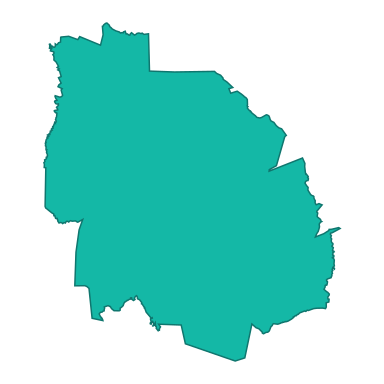 the district of Ignacio Zaragoza, Chihuahua, Mexico
{"feature_id": "50627088B16246344889030", "entity_name": "Ignacio Zaragoza", "entity_type": "district", "adm_level": 2, "iso_a3": "MEX", "parent_name": "Mexico", "parent_adm1": "Chihuahua", "projection": "robinson", "projection_center": [-107.777, 29.732], "detail": "fine", "context": "isolated", "style": "filled", "palette": "teal", "viewbox_px": 384, "rotation_deg": 0, "n_neighbors": 0, "source": "geoboundaries", "source_scale": "gbopen_adm2", "svg_char_len": 5854}
<svg xmlns="http://www.w3.org/2000/svg" viewBox="0 0 384 384"><path d="M45.8,167.8L45.1,206.4L45.7,208.0L52.1,213.1L53.7,213.9L53.9,215.7L54.8,215.7L55.6,218.4L57.2,218.4L57.3,219.6L57.8,220.0L57.8,221.1L59.0,223.0L60.8,222.5L61.8,222.8L62.7,223.6L64.0,222.6L65.4,223.0L65.7,222.2L66.7,221.3L67.5,221.3L68.7,222.0L68.8,221.7L70.6,220.7L72.1,221.2L75.7,220.9L76.4,221.6L77.8,222.2L82.7,219.5L79.1,229.9L76.0,252.1L74.8,285.8L85.0,285.7L87.0,286.6L89.0,288.4L92.1,318.3L102.9,320.6L102.6,319.5L101.8,318.0L101.3,318.0L101.3,317.4L100.4,316.5L99.2,314.0L99.3,313.6L100.6,312.3L102.1,312.1L102.8,311.3L104.2,310.8L104.1,309.9L104.6,308.3L104.3,306.9L107.9,305.7L108.7,305.8L109.4,306.4L110.3,306.5L111.5,308.6L114.0,310.7L119.2,310.8L120.1,310.3L120.2,308.1L121.5,307.3L123.2,305.6L123.9,303.4L124.8,302.0L125.5,301.8L127.2,300.3L127.6,300.5L129.2,299.4L130.6,299.1L130.6,297.9L131.6,297.8L131.8,299.3L133.5,300.5L135.0,299.5L134.4,298.2L135.4,296.4L136.6,295.7L137.3,296.9L137.5,298.8L139.6,299.8L141.7,302.5L141.5,303.8L142.3,304.2L143.5,306.2L144.5,307.3L144.2,307.5L144.3,308.0L144.7,308.0L146.2,312.2L150.7,317.5L150.6,317.8L151.5,318.1L152.2,317.7L152.3,318.2L150.7,318.6L150.5,319.4L151.4,322.3L150.5,322.5L150.2,323.7L151.1,324.2L151.6,322.7L152.7,321.5L153.8,323.9L152.5,326.5L153.7,325.3L154.2,325.3L154.1,324.4L154.5,324.3L155.3,322.8L155.6,326.2L156.2,326.4L156.4,327.0L156.2,328.3L158.1,330.7L158.5,330.0L159.4,330.2L159.5,328.5L160.5,326.9L158.6,324.2L181.2,325.0L185.4,343.8L235.2,361.0L244.8,357.9L251.9,324.0L256.0,327.7L258.9,328.8L262.3,332.2L262.3,333.0L263.3,333.7L263.7,333.7L266.0,332.4L267.8,332.2L269.3,330.9L271.0,326.6L272.1,325.7L273.0,324.0L273.5,323.7L277.8,324.2L280.7,323.2L281.0,322.8L282.2,322.7L282.6,322.2L283.7,322.3L285.2,321.5L285.7,321.8L287.9,321.2L291.5,319.1L293.5,317.5L293.4,316.9L294.3,316.7L295.1,315.8L296.2,315.7L296.2,315.4L297.0,315.0L297.5,314.4L298.2,314.4L299.7,312.9L304.6,311.0L305.8,311.4L307.2,310.2L308.3,310.5L313.7,308.6L317.0,308.2L322.7,308.1L325.5,308.6L326.3,307.0L326.2,302.8L328.8,302.0L329.1,299.2L327.9,298.9L327.8,297.0L329.1,295.2L329.3,294.1L327.6,292.2L326.6,291.7L324.0,289.3L325.1,287.1L325.2,285.4L326.0,285.0L326.7,285.2L327.0,284.6L327.5,282.1L327.4,281.4L326.6,281.0L326.5,279.8L327.6,278.9L331.1,277.7L331.2,277.4L331.0,277.2L331.9,275.8L331.7,274.4L332.5,273.4L331.9,271.6L332.8,270.6L332.2,269.7L332.2,269.2L332.5,268.6L333.8,268.7L334.4,269.1L334.5,268.6L333.7,267.4L332.9,267.6L332.8,267.4L334.4,265.9L334.0,263.9L334.3,260.1L333.6,258.5L332.3,257.7L332.6,257.2L333.7,257.0L333.9,256.2L333.8,255.5L332.8,255.2L332.6,254.3L333.0,253.9L332.8,252.7L334.2,251.8L333.7,251.1L332.9,251.1L332.5,250.6L333.3,247.6L331.9,246.3L332.1,245.6L332.9,244.8L332.9,243.5L331.8,242.6L331.3,241.4L331.3,239.8L331.7,239.0L330.6,237.3L331.4,235.7L330.3,234.2L330.5,233.2L332.1,232.8L340.1,228.5L338.7,227.6L331.5,229.3L329.1,229.4L328.8,230.5L323.8,233.7L315.4,237.0L316.7,233.7L318.2,231.4L319.1,228.5L319.5,226.8L319.2,224.1L320.5,222.2L321.7,221.6L321.0,221.2L320.8,220.1L320.2,219.1L317.9,217.4L317.2,216.5L317.3,215.1L317.7,213.5L317.7,212.9L316.9,212.2L316.8,211.3L322.1,204.9L319.0,203.6L316.4,204.7L316.0,204.6L315.0,202.4L315.3,200.9L313.9,198.2L313.9,196.6L313.4,196.0L311.7,195.4L310.6,194.5L307.9,190.1L308.1,187.4L306.7,185.8L305.0,183.1L305.6,181.6L306.8,180.6L307.9,180.6L308.3,179.8L308.4,178.2L307.6,177.5L308.2,176.5L306.2,173.9L305.8,174.1L305.4,172.5L304.7,166.6L304.9,163.4L302.5,158.0L269.1,171.2L269.3,169.6L276.4,165.7L284.6,137.2L285.2,136.2L286.3,135.4L281.6,128.8L278.8,127.8L276.3,125.7L273.9,122.4L271.0,120.9L270.1,119.3L269.5,117.2L268.8,115.8L267.3,115.0L266.3,114.8L261.5,117.5L259.7,118.0L256.7,117.3L255.6,115.9L251.9,113.0L251.0,111.7L250.5,111.7L250.4,110.9L249.5,110.6L247.4,108.2L247.6,106.8L247.9,106.6L247.1,105.9L247.5,104.7L247.3,99.5L246.4,98.2L245.5,97.3L244.4,96.9L243.9,96.1L241.3,94.0L237.2,91.2L230.7,93.2L228.9,88.7L232.8,87.5L227.1,82.1L223.2,79.4L223.0,78.0L220.6,75.2L216.6,73.4L214.5,71.4L174.5,72.0L149.5,71.1L148.5,33.8L143.9,34.4L142.1,33.1L141.1,33.6L138.9,33.0L137.0,33.4L136.0,34.3L134.5,35.1L131.5,32.7L130.3,33.9L129.9,35.1L129.2,35.2L127.3,33.9L126.1,33.9L125.2,31.2L123.5,31.9L123.2,32.8L122.0,32.6L120.4,33.0L119.4,32.0L115.9,30.9L112.3,29.0L111.0,27.6L109.6,26.5L109.4,25.3L106.9,23.0L105.5,23.4L103.7,24.9L103.1,26.1L102.4,26.3L103.1,34.8L100.5,45.2L79.7,36.6L77.8,39.6L68.7,36.3L61.4,37.0L61.1,37.5L60.7,37.4L60.5,42.1L58.5,42.8L57.4,44.4L56.8,44.7L56.4,44.7L55.3,43.9L55.3,46.3L54.6,47.2L53.1,47.1L52.6,46.2L51.0,46.3L51.2,45.8L50.3,44.2L50.0,44.0L49.4,44.3L49.8,45.7L49.5,48.3L50.4,48.3L50.7,47.7L51.1,47.5L51.8,48.2L51.8,48.6L50.6,49.9L50.4,50.9L53.4,51.7L53.9,52.1L53.9,53.6L52.8,54.7L53.7,55.8L54.0,57.6L53.9,60.0L56.1,62.0L58.5,66.3L57.1,67.5L59.2,68.9L57.8,69.9L59.6,71.0L61.2,76.6L58.5,77.7L61.1,83.1L58.9,84.8L58.0,86.7L62.2,88.7L61.1,90.0L62.6,95.3L61.7,96.5L60.0,97.2L55.2,95.7L55.0,96.4L55.7,98.2L57.0,100.3L54.9,100.9L54.6,101.7L55.7,103.6L57.2,104.1L58.4,103.9L58.4,105.4L56.5,107.3L57.7,109.2L57.7,109.9L54.6,110.5L54.2,110.9L54.8,111.9L55.9,112.9L56.6,112.8L56.9,113.4L56.5,117.1L55.9,117.9L55.9,119.0L55.5,119.8L56.1,120.6L55.9,121.7L56.1,121.9L55.3,122.5L54.7,122.2L54.6,122.8L55.1,123.5L54.5,123.5L54.1,124.1L53.4,126.3L52.7,126.5L52.6,126.9L53.0,126.9L53.1,128.2L51.5,128.9L51.5,129.5L52.0,130.2L51.2,130.3L50.9,131.7L50.3,131.4L49.9,133.4L49.3,133.7L49.7,134.4L48.6,134.4L47.9,134.8L48.9,135.1L47.8,136.1L48.5,136.6L47.2,137.2L47.6,138.0L47.0,138.0L47.0,138.7L46.2,139.7L45.7,142.0L46.1,142.7L45.3,143.2L45.7,145.2L45.4,145.8L46.1,146.6L46.0,149.4L46.8,149.8L46.3,150.3L46.8,151.9L46.5,152.6L47.3,154.2L47.5,155.6L47.1,156.2L47.3,156.6L46.8,157.3L46.3,157.4L46.6,157.9L46.2,158.9L44.6,159.9L44.9,161.6L43.9,162.6L44.4,164.5L44.2,167.5L45.8,167.8Z" fill="#14b8a6" stroke="#0f766e" stroke-width="1.5"/></svg>